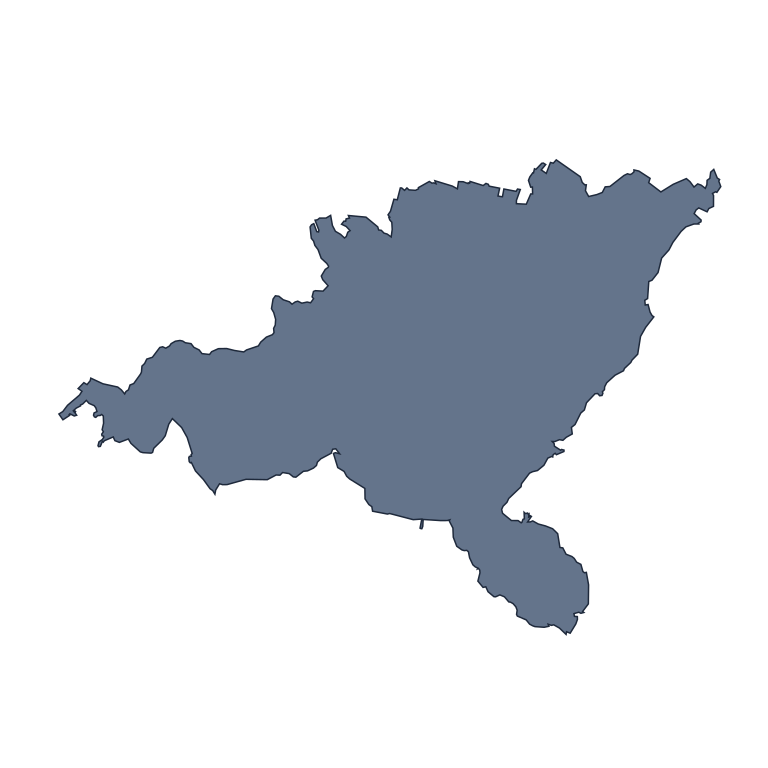 Aghiresu, Cluj, Romania, rotated 274°
{"feature_id": "2599482B10502260282790", "entity_name": "Aghiresu", "entity_type": "district", "adm_level": 2, "iso_a3": "ROU", "parent_name": "Romania", "parent_adm1": "Cluj", "projection": "mercator", "projection_center": [23.266, 46.881], "detail": "fine", "context": "isolated", "style": "filled", "palette": "slate", "viewbox_px": 768, "rotation_deg": 274, "n_neighbors": 0, "source": "geoboundaries", "source_scale": "gbopen_adm2", "svg_char_len": 6137}
<svg xmlns="http://www.w3.org/2000/svg" viewBox="0 0 768 768"><g transform="rotate(274 384 384)"><path d="M621.1,698.0L618.1,695.1L611.9,694.7L609.7,692.1L605.4,692.2L601.6,690.9L604.5,686.5L605.5,683.0L602.1,679.5L607.2,675.1L610.0,671.3L603.4,658.6L594.9,646.8L603.3,634.0L607.7,635.1L614.2,623.4L615.0,618.4L613.1,618.6L611.0,616.6L610.1,614.9L610.7,612.2L608.8,608.9L596.8,595.6L596.1,590.9L590.3,588.4L587.8,583.1L585.3,575.1L590.8,571.5L596.8,571.9L596.7,570.4L598.9,567.7L604.5,565.3L619.6,540.2L616.1,537.5L616.6,534.6L605.4,531.2L608.5,525.9L614.2,530.0L615.5,527.6L615.2,526.0L608.7,520.6L609.2,519.1L605.0,518.4L605.1,517.7L600.7,515.0L597.2,513.9L590.6,516.6L590.8,518.3L584.0,519.0L583.8,517.1L573.3,513.4L573.1,503.5L576.4,503.3L587.5,506.4L587.8,503.6L585.4,502.3L586.9,490.0L579.1,489.1L579.1,487.8L579.5,484.6L587.4,485.7L588.7,475.1L590.5,474.1L591.2,471.7L588.9,469.1L592.1,455.7L590.3,455.4L590.6,454.0L589.8,453.8L591.3,448.9L591.1,444.2L583.8,443.6L586.2,438.4L590.3,420.6L587.4,421.9L588.1,419.6L587.7,417.8L589.2,415.1L582.3,404.6L581.1,404.8L579.4,401.9L579.4,395.4L581.2,393.2L578.6,391.0L580.8,388.0L580.7,386.6L568.7,384.4L569.0,381.0L556.8,378.4L553.0,376.2L550.9,378.1L550.6,377.2L548.1,378.3L545.9,380.5L538.8,381.4L531.2,380.9L533.8,376.7L534.5,373.5L537.1,370.6L537.3,367.9L540.3,366.8L549.2,354.4L549.6,336.7L547.1,338.0L546.1,334.7L543.7,334.4L543.7,332.7L540.4,330.5L538.5,335.3L534.6,339.5L532.9,337.3L528.5,336.1L526.9,334.4L530.3,330.2L532.9,324.9L538.5,321.5L548.5,319.0L545.5,314.6L545.0,308.1L543.2,306.2L542.6,303.8L532.9,308.3L531.1,308.1L531.3,306.3L539.1,302.8L537.8,300.6L535.5,299.3L524.3,301.3L521.6,303.8L517.4,305.4L513.5,308.8L505.0,312.6L500.3,318.5L497.7,320.5L496.5,320.3L494.2,317.4L487.3,313.9L483.8,315.6L478.1,321.4L472.4,316.7L472.3,309.0L471.4,307.2L465.9,306.2L464.2,307.8L459.9,305.1L460.4,301.6L458.9,296.4L460.6,292.2L459.6,289.6L457.2,286.7L459.4,283.9L461.0,277.6L464.2,273.0L464.4,269.5L461.0,267.4L451.3,266.5L447.6,269.0L440.9,271.4L435.1,271.4L431.8,270.0L427.6,270.7L425.4,269.2L422.6,263.4L417.2,258.1L413.2,256.0L408.4,244.5L406.2,241.9L407.0,232.6L408.4,224.6L407.7,216.3L404.2,209.8L401.3,207.9L401.6,200.3L405.1,197.2L407.3,191.8L410.8,188.7L411.3,182.9L412.8,180.2L413.2,177.4L412.1,172.8L409.4,168.8L407.0,167.4L404.5,163.8L405.7,160.6L404.8,157.8L394.5,151.1L392.3,145.6L387.8,143.8L385.0,141.3L378.9,141.2L376.9,140.4L367.0,134.3L365.3,130.7L360.4,129.5L358.5,127.1L356.0,126.0L359.8,122.4L362.4,118.6L364.6,103.6L369.4,91.1L366.8,90.7L362.7,87.8L364.4,84.5L358.1,79.2L355.7,83.2L351.7,81.0L340.7,69.8L334.1,65.5L331.4,61.8L325.9,66.2L330.8,72.6L331.5,72.0L332.4,72.7L330.5,77.2L331.4,79.6L333.7,77.8L335.0,78.3L335.5,77.6L334.6,76.8L335.6,75.9L338.5,78.7L341.0,82.8L341.9,82.7L343.0,84.8L346.9,88.2L344.1,91.1L342.2,96.4L340.1,98.2L336.5,99.6L334.9,96.8L332.6,96.4L331.0,97.4L330.6,98.8L332.5,100.6L332.8,103.1L333.9,104.5L332.5,106.2L325.3,107.0L318.7,106.0L316.8,107.4L314.3,105.9L312.7,106.3L312.4,107.9L311.4,108.2L309.0,106.9L306.4,103.7L302.5,103.0L301.6,103.6L302.0,105.4L307.1,107.1L306.4,108.0L307.9,109.0L312.3,117.6L308.7,119.5L307.3,124.1L311.3,132.8L307.1,135.7L299.3,145.6L298.7,148.3L298.8,156.5L299.6,157.9L303.8,158.8L312.7,166.7L317.1,169.4L328.9,172.1L334.7,175.3L326.4,185.2L316.9,191.4L301.3,197.5L300.1,196.5L298.6,196.9L298.2,194.9L296.9,194.4L293.0,195.1L291.8,196.3L292.3,197.3L284.1,202.0L276.0,210.6L267.4,217.8L265.7,220.6L262.3,223.0L266.5,223.5L273.0,226.9L272.3,230.0L272.7,234.5L279.3,253.0L280.4,274.2L285.7,282.7L285.8,286.6L288.6,289.0L288.0,295.7L285.0,300.0L284.9,302.6L291.3,309.7L292.0,313.8L295.2,319.5L298.0,322.3L301.4,323.0L305.0,326.2L311.2,336.1L315.3,337.3L316.0,340.4L311.3,344.6L312.1,340.3L311.2,338.4L297.4,343.7L294.0,350.3L289.4,353.2L286.8,356.5L278.5,372.2L268.1,373.1L262.7,377.3L260.8,380.4L256.3,381.5L254.5,396.5L255.2,398.7L250.7,422.6L251.9,431.1L242.7,430.0L242.2,431.2L242.3,431.9L244.7,432.6L251.6,432.5L251.7,449.9L252.2,456.6L253.1,459.1L252.0,458.6L245.1,462.8L236.0,463.8L227.2,467.9L223.9,473.3L223.4,475.7L223.8,478.2L222.6,479.9L216.6,481.5L209.8,485.3L207.9,487.8L206.9,490.5L206.1,490.2L206.6,491.1L205.0,492.5L202.3,492.9L193.9,491.4L188.0,497.0L188.8,499.7L184.0,502.3L179.5,508.5L179.5,510.2L181.7,514.3L180.1,519.0L175.3,523.7L175.2,525.4L173.9,528.1L170.9,531.1L167.6,532.6L163.4,532.3L161.8,533.2L158.6,542.3L154.6,546.0L153.2,549.1L152.5,551.5L152.5,560.8L153.8,565.4L155.8,564.5L154.9,567.8L155.6,570.1L152.8,576.0L146.9,583.1L149.6,583.4L148.4,587.1L158.0,592.1L162.7,593.4L165.5,593.1L165.5,590.2L168.2,589.5L169.9,594.2L169.0,596.4L170.0,599.3L170.9,598.0L178.9,603.2L197.9,602.1L210.2,599.0L209.7,597.1L210.8,595.5L217.8,593.0L219.7,588.6L223.3,585.9L225.0,583.5L226.9,577.5L233.0,573.8L233.2,570.9L246.8,567.7L251.4,562.3L253.7,554.9L255.1,547.7L257.8,541.9L256.6,539.5L256.4,536.9L262.2,540.3L263.0,538.6L262.0,538.8L261.3,537.6L264.5,537.7L264.0,537.1L265.3,536.3L264.6,534.2L265.8,532.7L259.3,533.4L258.7,532.1L255.6,531.2L255.1,530.5L257.1,527.3L256.7,520.6L263.3,511.3L267.1,510.1L270.4,511.3L274.5,514.9L278.5,516.4L291.1,527.9L294.1,528.1L305.2,535.4L306.9,538.4L308.4,543.2L314.1,549.2L321.5,552.6L323.4,556.3L323.0,557.4L324.9,557.5L326.4,558.9L326.8,559.6L325.5,560.9L329.2,568.2L330.6,568.2L331.1,565.7L330.3,564.8L333.8,558.4L336.6,557.8L338.4,555.8L338.5,558.4L340.7,562.9L340.3,566.4L343.6,569.6L347.3,575.3L353.8,574.0L356.9,577.4L368.7,582.3L372.1,585.7L379.4,587.3L389.0,595.2L389.4,597.8L387.3,600.0L387.8,602.3L390.0,603.0L391.5,602.4L393.7,604.3L396.6,604.3L400.8,606.1L408.9,613.9L413.9,622.0L416.3,622.8L422.7,628.7L425.1,629.7L431.4,635.0L449.4,636.6L458.8,641.1L469.8,648.5L471.0,646.6L474.3,644.4L481.7,641.9L481.0,639.1L485.7,638.3L487.6,641.0L504.7,641.0L506.2,644.1L514.3,649.6L529.0,652.2L537.6,658.9L545.4,662.3L556.9,669.7L561.8,674.2L565.2,681.9L565.6,686.8L566.3,686.4L568.0,688.9L569.7,688.9L575.6,681.5L579.4,683.2L581.6,685.7L578.3,694.3L581.7,695.8L584.2,700.3L595.0,699.6L597.0,698.4L598.9,701.4L598.4,702.7L604.4,706.2L609.8,703.8L611.4,704.5L612.7,702.1L621.1,698.0Z" fill="#64748b" stroke="#1e293b" stroke-width="1.5"/></g></svg>